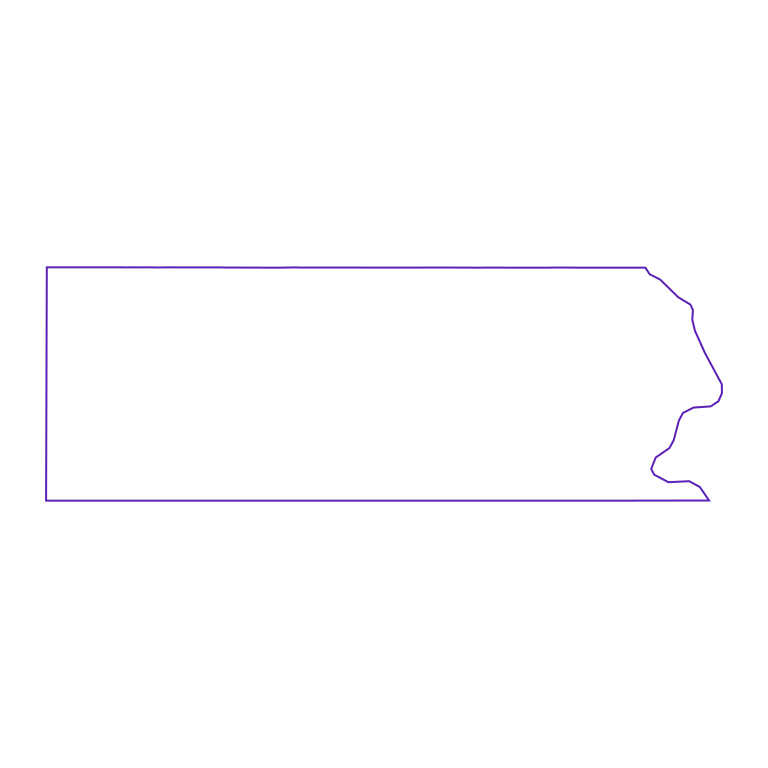 the district of Corson, South Dakota, United States of America
{"feature_id": "52423323B58713240584221", "entity_name": "Corson", "entity_type": "district", "adm_level": 2, "iso_a3": "USA", "parent_name": "United States of America", "parent_adm1": "South Dakota", "projection": "robinson", "projection_center": [-101.116, 45.709], "detail": "fine", "context": "isolated", "style": "outline", "palette": "violet", "viewbox_px": 768, "rotation_deg": 0, "n_neighbors": 0, "source": "geoboundaries", "source_scale": "gbopen_adm2", "svg_char_len": 1149}
<svg xmlns="http://www.w3.org/2000/svg" viewBox="0 0 768 768"><path d="M46.8,267.3L46.1,500.7L257.9,500.7L601.5,500.7L709.1,500.5L699.8,487.0L689.2,481.2L668.3,482.2L654.2,474.7L651.2,469.0L655.7,457.5L669.4,448.1L673.7,440.2L678.9,420.5L683.0,412.9L693.4,407.6L710.6,406.4L718.4,401.3L721.9,393.3L721.8,384.3L704.8,352.7L695.0,330.9L692.3,319.7L692.9,310.0L690.4,304.6L678.2,297.2L660.2,279.6L649.7,274.3L645.4,267.7L640.5,267.7L640.4,267.7L594.3,267.7L585.0,267.7L557.1,267.5L545.3,267.7L540.7,267.7L537.6,267.7L489.6,267.6L471.5,267.7L470.1,267.6L460.0,267.6L455.1,267.6L453.5,267.5L405.4,267.6L403.2,267.6L389.0,267.6L387.6,267.6L380.7,267.6L377.6,267.6L375.7,267.6L374.4,267.6L364.5,267.6L356.5,267.5L337.5,267.5L331.3,267.5L320.9,267.5L312.7,267.5L300.1,267.5L298.0,267.5L296.8,267.4L278.4,267.7L223.6,267.5L221.6,267.4L195.1,267.4L183.6,267.4L174.4,267.4L173.9,267.3L163.2,267.4L157.4,267.5L154.7,267.4L143.3,267.3L141.0,267.4L140.6,267.4L140.3,267.4L130.8,267.3L129.0,267.4L113.6,267.3L105.8,267.3L92.2,267.3L64.0,267.3L57.5,267.3L51.2,267.3L50.2,267.3L47.6,267.3L46.9,267.3L46.8,267.3Z" fill="none" stroke="#5b21b6" stroke-width="2"/></svg>